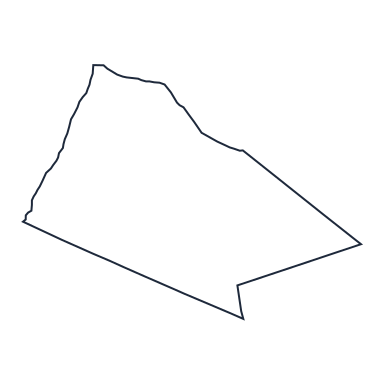 the district of Senador Rui Palmeira, Alagoas, Brazil
{"feature_id": "56859067B1965841485432", "entity_name": "Senador Rui Palmeira", "entity_type": "district", "adm_level": 2, "iso_a3": "BRA", "parent_name": "Brazil", "parent_adm1": "Alagoas", "projection": "equal_earth", "projection_center": [-37.547, -9.387], "detail": "fine", "context": "isolated", "style": "outline", "palette": "slate", "viewbox_px": 384, "rotation_deg": 0, "n_neighbors": 0, "source": "geoboundaries", "source_scale": "gbopen_adm2", "svg_char_len": 1030}
<svg xmlns="http://www.w3.org/2000/svg" viewBox="0 0 384 384"><path d="M361.0,244.2L352.2,237.3L324.1,215.1L267.6,170.1L242.8,150.4L239.8,150.7L234.0,148.7L229.7,147.4L225.5,145.4L217.3,141.6L201.6,132.8L194.2,122.0L188.8,114.7L183.5,107.3L179.6,105.2L177.0,102.6L170.9,92.4L164.6,84.5L159.5,82.7L154.2,82.3L149.4,81.4L146.0,81.4L141.3,80.1L138.2,78.7L126.6,77.4L122.8,76.6L117.2,74.6L107.4,68.7L103.6,65.3L93.3,65.1L92.7,73.7L90.5,79.8L89.5,84.7L87.7,89.0L86.3,93.1L82.8,97.0L79.4,101.8L77.5,107.4L74.0,114.2L71.0,119.3L69.2,126.7L67.3,133.5L64.8,139.2L63.5,144.1L62.9,148.0L59.0,153.1L58.1,157.5L56.4,160.8L53.2,165.0L50.9,168.5L46.1,172.9L42.7,180.4L39.8,186.4L37.5,189.9L35.8,193.3L33.7,196.4L31.9,200.3L31.9,204.9L31.4,210.7L28.1,212.6L25.8,215.3L25.7,219.5L23.0,221.7L62.4,240.1L93.5,253.9L96.8,255.3L109.9,260.9L123.6,267.1L145.4,276.7L164.0,284.8L171.6,288.1L184.5,293.8L226.3,311.5L229.4,312.8L243.3,318.9L241.2,311.2L237.4,285.4L275.9,272.6L339.7,251.3L361.0,244.2Z" fill="none" stroke="#1e293b" stroke-width="2"/></svg>